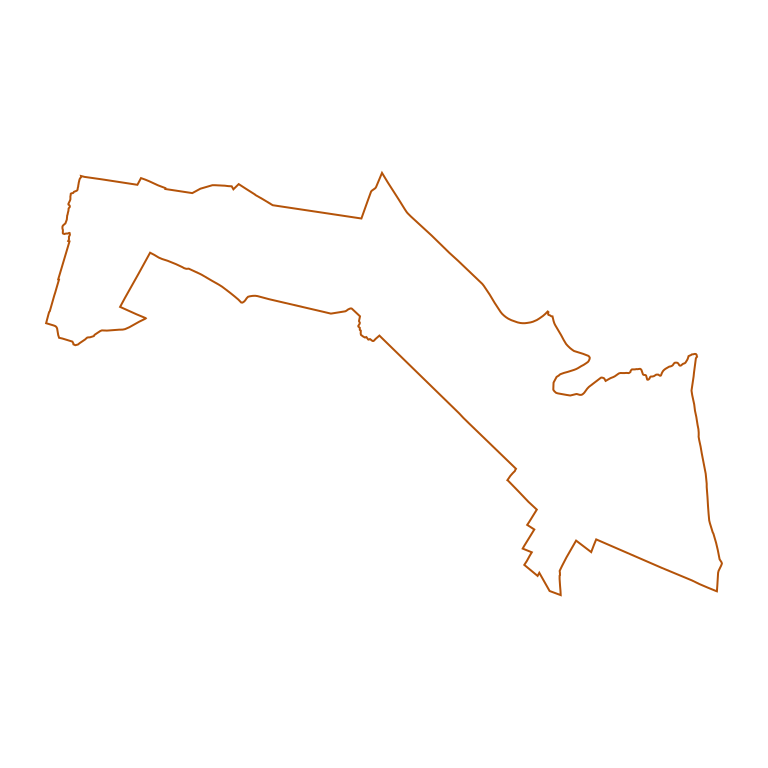 outline of Muñoz de Domingo Arenas, Tlaxcala, Mexico
{"feature_id": "50627088B8354307803042", "entity_name": "Muñoz de Domingo Arenas", "entity_type": "district", "adm_level": 2, "iso_a3": "MEX", "parent_name": "Mexico", "parent_adm1": "Tlaxcala", "projection": "mercator", "projection_center": [-98.236, 19.501], "detail": "fine", "context": "isolated", "style": "outline", "palette": "amber", "viewbox_px": 768, "rotation_deg": 0, "n_neighbors": 0, "source": "geoboundaries", "source_scale": "gbopen_adm2", "svg_char_len": 6012}
<svg xmlns="http://www.w3.org/2000/svg" viewBox="0 0 768 768"><path d="M382.0,172.9L376.1,187.0L375.3,188.2L371.8,190.7L371.1,191.5L368.0,200.0L361.4,218.5L272.7,205.2L262.8,199.2L255.4,195.0L255.1,194.6L245.8,188.7L238.7,184.1L233.4,189.3L231.7,186.3L228.1,186.1L224.9,185.7L214.9,185.2L212.4,185.2L200.4,188.7L192.3,193.1L165.3,189.0L165.4,188.1L158.2,185.4L149.1,181.2L145.2,179.6L141.0,178.1L137.4,184.8L102.2,179.4L84.6,176.9L81.0,176.0L81.1,176.4L81.1,177.1L79.9,178.6L79.6,179.3L79.3,180.3L79.1,181.4L78.8,182.4L78.5,184.4L78.3,185.2L78.2,186.5L77.9,187.5L77.7,188.3L77.7,189.0L77.4,190.0L77.0,190.5L76.5,190.8L75.4,191.3L74.4,191.6L73.9,191.9L73.3,192.8L72.9,193.1L71.9,193.2L71.1,193.5L70.8,193.7L70.7,194.0L70.7,195.0L70.4,196.3L70.4,199.2L70.0,200.5L68.4,203.8L68.4,204.3L68.5,204.6L69.3,205.2L69.6,205.6L69.8,206.1L69.8,206.7L69.7,207.1L68.8,208.2L68.6,208.6L68.4,210.9L68.0,212.3L67.5,214.8L67.2,215.4L66.8,219.6L65.4,223.4L63.4,225.1L62.7,226.0L62.5,226.4L62.4,228.0L62.6,229.1L62.9,229.9L62.9,230.6L62.8,232.6L62.8,233.1L63.0,233.5L63.3,233.7L63.7,233.8L64.6,234.0L64.8,233.8L66.4,233.5L67.8,233.5L69.2,232.9L69.6,233.0L69.9,234.5L69.8,235.1L69.5,235.7L69.0,236.6L68.9,237.0L69.0,239.0L68.9,239.6L68.2,241.0L69.5,241.4L58.2,279.4L59.0,279.6L57.1,286.0L55.2,292.6L54.3,295.4L49.8,311.2L49.1,312.1L48.5,314.2L46.1,323.2L53.8,325.5L55.5,326.2L56.5,327.2L57.1,328.4L58.2,335.0L59.1,337.8L62.3,338.5L72.4,341.6L73.6,344.0L73.5,344.4L75.3,345.2L78.0,344.5L79.7,343.1L85.2,339.4L86.0,338.6L87.2,337.6L88.1,337.4L90.0,337.3L93.8,336.1L94.6,334.8L100.3,331.0L101.9,330.4L107.0,330.6L118.9,329.7L122.7,329.6L125.1,329.1L129.4,327.2L139.2,321.7L145.5,318.6L145.8,318.3L145.4,318.0L136.3,314.2L120.1,306.9L124.9,298.0L138.5,273.8L150.1,252.7L154.3,254.9L158.8,257.6L162.1,259.0L167.7,260.8L176.1,264.2L182.5,267.2L184.0,268.1L186.2,268.8L187.0,268.8L188.2,268.7L188.8,268.7L189.4,269.0L199.4,273.6L201.6,274.7L212.2,280.9L218.6,284.5L222.1,286.7L230.0,292.7L234.6,296.4L238.4,299.6L241.2,302.5L242.4,302.6L243.0,302.3L244.3,301.4L245.4,300.1L246.6,298.3L248.0,296.8L249.8,296.3L252.5,295.9L254.1,295.8L255.4,295.8L257.5,296.1L269.1,299.2L323.7,311.9L330.4,313.5L330.9,313.6L332.3,313.4L345.3,311.3L346.3,310.8L348.2,309.4L350.0,308.6L351.0,308.4L351.7,308.6L351.9,308.7L360.0,316.3L359.0,321.0L359.1,321.4L359.8,322.6L359.8,323.1L359.6,323.8L358.3,325.9L358.3,326.3L358.4,326.6L359.8,327.8L359.8,329.8L360.0,330.1L360.6,330.4L360.8,330.7L360.7,333.5L360.8,334.1L361.0,334.9L363.1,336.5L364.7,337.4L365.0,337.5L365.5,337.4L366.2,337.0L366.5,337.2L367.0,337.9L368.2,339.5L368.4,339.6L368.8,339.6L369.7,339.1L370.1,339.1L372.1,340.7L372.8,341.0L373.2,341.0L373.6,340.9L374.1,340.5L375.6,338.9L379.4,335.6L459.2,413.4L463.4,417.9L468.5,422.9L516.0,468.8L515.3,469.9L514.9,471.0L512.7,473.2L510.4,475.8L507.4,480.2L508.0,480.6L518.5,491.4L528.5,501.9L536.8,509.6L529.2,521.9L527.2,524.9L534.3,529.5L523.9,546.4L522.7,548.6L531.8,552.3L529.8,555.6L526.9,560.9L524.3,564.9L537.6,575.9L539.3,572.8L549.6,591.0L560.7,595.1L560.5,591.1L560.1,586.4L559.6,579.0L559.6,575.7L560.0,575.2L559.9,572.6L559.7,571.3L559.7,570.8L562.0,566.0L566.4,557.5L576.1,540.6L591.2,552.1L593.9,545.0L596.2,539.4L661.6,567.8L691.9,580.4L699.5,584.1L707.7,587.6L716.3,591.1L716.9,591.3L717.3,585.8L718.1,572.8L718.6,570.8L721.1,565.7L721.9,563.6L721.6,562.4L719.6,559.3L717.8,550.1L716.1,542.9L713.4,533.6L712.7,532.3L709.9,523.2L709.2,520.4L708.6,513.9L708.0,505.9L707.5,497.4L706.7,487.0L706.7,483.8L705.7,473.7L701.8,453.6L700.6,446.6L699.2,440.1L698.6,436.7L698.7,435.3L698.7,432.6L698.4,429.1L697.6,425.1L696.3,416.9L695.0,410.8L694.2,404.4L692.2,395.1L691.5,390.6L693.6,376.5L694.0,372.6L695.9,358.2L697.0,356.8L696.8,356.5L696.7,355.1L696.2,354.4L695.8,354.0L694.9,353.9L694.3,354.0L693.2,354.3L691.9,354.4L690.9,355.1L688.8,356.0L688.5,356.2L688.4,356.6L688.3,357.1L687.6,359.1L687.2,359.9L685.5,362.6L684.8,363.2L682.9,363.9L682.4,364.3L681.1,365.4L680.7,365.6L680.3,365.6L679.9,365.6L679.6,365.4L679.3,365.2L678.2,363.4L677.5,362.9L677.0,362.7L676.0,362.7L675.0,362.7L674.2,363.2L673.8,363.7L672.7,365.3L671.8,365.9L670.6,366.4L669.8,366.5L669.1,366.7L665.5,368.8L664.2,369.8L663.2,370.8L662.6,371.7L661.7,373.4L661.2,374.9L660.9,375.4L660.6,375.7L659.9,375.7L658.2,374.6L656.9,374.6L656.1,374.7L654.0,376.1L653.3,376.3L652.4,376.5L650.9,376.5L650.5,376.8L650.1,377.1L649.4,378.7L648.5,379.5L648.1,379.7L647.4,379.7L647.2,379.5L646.1,375.6L645.7,375.2L645.1,375.0L643.8,374.9L643.3,374.7L642.9,374.2L641.5,370.1L640.9,369.3L640.2,368.9L639.5,368.9L638.7,369.0L637.8,369.2L636.5,369.1L634.9,369.4L632.0,369.4L631.0,370.3L630.7,370.8L630.4,372.0L629.5,372.7L628.7,373.1L626.4,372.9L624.1,373.1L620.5,373.0L619.2,373.3L618.6,373.6L614.8,376.3L613.2,377.1L610.6,378.1L605.6,380.9L604.6,379.1L604.1,378.4L603.7,378.1L602.5,377.7L601.8,377.6L601.2,377.6L600.8,377.8L589.0,386.8L587.2,388.7L584.3,392.7L583.5,393.5L582.4,394.4L581.5,394.8L580.3,394.9L579.5,394.8L577.5,394.2L576.7,394.0L576.0,394.1L570.7,395.4L570.2,395.5L566.4,394.9L558.0,393.4L556.2,392.9L554.4,391.3L553.4,389.9L553.3,389.6L553.5,383.7L553.6,382.5L556.6,376.9L559.0,375.4L559.5,374.8L560.4,374.2L564.0,372.9L567.7,371.9L574.0,369.9L576.3,369.0L578.2,368.0L581.3,366.1L583.6,364.9L586.2,363.2L588.0,361.9L588.6,361.1L589.4,359.5L589.7,358.4L589.7,357.5L588.9,356.3L588.0,355.7L586.9,355.3L583.0,353.8L574.0,351.0L572.4,349.9L570.2,348.2L567.7,345.8L566.1,344.0L563.7,340.0L561.1,335.1L555.3,325.3L554.4,323.5L553.6,321.1L552.5,316.4L551.9,316.4L551.2,316.2L549.9,315.3L549.1,315.1L548.4,314.8L548.2,314.4L548.1,313.6L548.4,312.1L547.7,311.5L545.2,314.0L543.0,315.9L539.3,318.5L536.9,320.0L533.0,321.7L530.5,322.4L527.4,322.9L524.9,323.2L522.6,323.2L520.4,323.0L517.6,322.4L511.4,320.2L508.3,318.7L506.0,317.2L504.0,315.6L502.0,313.7L500.5,311.8L494.6,302.8L489.7,294.6L483.8,285.8L482.3,283.9L458.0,260.7L449.3,252.8L431.6,235.5L410.8,216.4L407.7,213.3L406.7,212.1L404.9,209.4L398.8,199.6L387.9,182.6L382.0,172.9Z" fill="none" stroke="#b45309" stroke-width="2"/></svg>